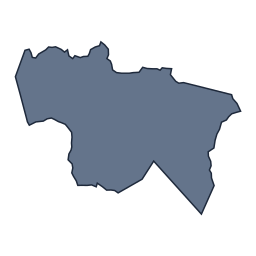 Jacuípe, Alagoas, Brazil
{"feature_id": "56859067B28231975677690", "entity_name": "Jacuípe", "entity_type": "district", "adm_level": 2, "iso_a3": "BRA", "parent_name": "Brazil", "parent_adm1": "Alagoas", "projection": "mercator", "projection_center": [-35.457, -8.891], "detail": "fine", "context": "isolated", "style": "filled", "palette": "slate", "viewbox_px": 256, "rotation_deg": 0, "n_neighbors": 0, "source": "geoboundaries", "source_scale": "gbopen_adm2", "svg_char_len": 1354}
<svg xmlns="http://www.w3.org/2000/svg" viewBox="0 0 256 256"><path d="M25.0,50.3L15.4,76.7L20.2,94.3L26.4,117.8L27.4,121.8L29.3,125.2L35.9,121.9L43.3,121.1L47.2,118.8L51.4,118.0L54.6,119.5L58.4,121.6L61.5,122.7L65.3,124.3L67.7,127.2L71.6,132.3L72.0,137.2L71.5,143.1L71.8,146.9L71.1,150.0L68.9,154.0L68.1,159.8L72.1,163.9L72.8,167.9L71.8,172.9L73.5,176.3L76.3,180.9L77.8,185.4L81.7,185.3L87.2,185.4L91.6,184.9L96.2,186.8L97.3,183.2L102.3,186.6L106.6,190.1L111.0,190.0L114.7,190.5L118.1,192.9L142.1,179.2L153.7,161.1L201.4,214.1L214.1,185.6L211.5,178.0L211.3,173.2L209.4,170.0L211.1,165.8L210.7,161.3L208.4,156.2L208.2,151.8L213.9,148.0L215.1,140.3L216.9,134.1L219.5,129.3L221.5,122.2L226.4,120.0L228.6,116.8L231.7,113.8L236.2,112.4L240.6,111.2L237.0,103.5L232.8,98.7L231.6,94.7L183.5,82.6L178.8,83.2L175.7,81.3L170.4,74.7L171.6,68.7L166.4,68.4L162.2,67.8L160.1,70.2L157.0,68.8L152.7,68.8L147.1,68.5L142.7,67.3L139.0,72.3L133.2,72.6L129.4,73.2L126.2,73.2L121.5,73.2L116.5,72.6L112.6,69.9L111.6,64.3L110.3,61.0L106.9,58.6L108.5,54.8L108.3,49.2L104.7,44.9L100.9,41.9L99.5,45.7L95.2,47.0L90.6,49.6L89.3,53.6L87.8,56.3L83.4,56.5L80.3,57.6L74.9,55.7L72.7,58.6L68.9,55.9L67.5,49.8L64.5,52.1L61.2,49.4L55.6,46.8L52.1,47.4L48.6,47.0L45.7,49.9L38.7,54.0L35.7,58.0L32.3,57.4L31.0,52.7L29.1,49.2L25.0,50.3Z" fill="#64748b" stroke="#1e293b" stroke-width="1.5"/></svg>